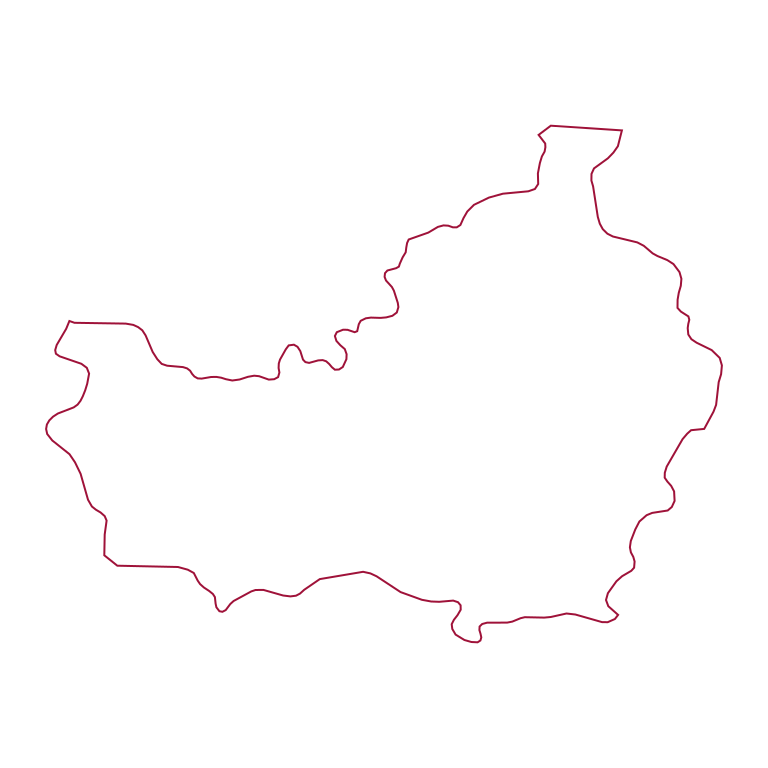 an SVG outline of Cluj
{"feature_id": "ROU-296", "entity_name": "Cluj", "entity_type": "County", "adm_level": 1, "iso_a3": "ROU", "parent_name": "Romania", "parent_adm1": "", "projection": "equal_earth", "projection_center": [23.487, 46.867], "detail": "fine", "context": "isolated", "style": "outline", "palette": "rose", "viewbox_px": 768, "rotation_deg": 0, "n_neighbors": 0, "source": "natural_earth", "source_scale": "10m", "svg_char_len": 3386}
<svg xmlns="http://www.w3.org/2000/svg" viewBox="0 0 768 768"><path d="M621.9,130.4L617.9,146.2L613.4,152.6L607.9,158.3L594.0,168.4L591.5,173.9L591.4,180.5L593.1,186.4L597.8,216.9L599.8,223.7L602.8,229.2L607.4,233.7L612.9,236.5L637.3,242.4L643.8,245.8L652.7,253.4L657.4,256.0L667.3,260.1L673.5,264.1L679.5,272.1L681.4,278.8L680.8,285.8L678.8,292.7L677.6,299.7L677.5,307.9L680.9,311.6L688.4,316.4L689.3,319.8L688.3,323.8L687.7,328.1L688.3,334.5L691.4,339.2L696.6,342.7L711.7,350.1L719.7,357.9L721.9,365.4L721.1,374.2L718.7,382.1L716.1,404.9L713.5,411.7L704.2,428.9L691.1,430.2L687.2,433.7L682.6,439.1L666.7,466.6L664.8,472.8L664.7,477.7L667.4,481.6L671.2,485.9L674.1,491.4L674.6,500.9L671.8,507.0L667.7,510.5L652.2,512.9L646.6,515.2L639.4,521.5L635.3,529.4L630.8,541.0L629.9,547.3L630.9,552.4L633.3,556.9L634.6,561.5L634.1,567.7L631.3,570.8L622.1,576.2L616.4,581.3L607.9,593.2L606.0,600.0L608.3,606.2L618.1,614.9L614.9,619.0L607.7,622.2L602.0,622.1L575.3,614.5L566.5,613.5L550.8,617.0L544.2,617.6L524.8,617.2L520.6,618.2L512.3,621.6L507.2,622.6L487.0,622.7L482.2,624.0L479.6,626.5L479.4,630.1L480.5,633.7L481.3,637.4L480.4,640.5L477.6,642.3L471.4,642.0L464.4,640.0L455.6,634.6L452.3,629.0L451.7,624.2L453.9,619.8L457.5,615.2L460.7,609.7L460.6,605.3L458.0,602.2L453.2,600.6L439.2,601.8L431.2,601.5L421.9,599.8L400.6,592.1L376.6,576.3L370.4,573.4L363.1,571.8L319.8,579.1L304.2,589.8L300.0,593.6L296.0,595.7L290.4,596.4L283.1,595.5L263.4,589.9L255.5,590.0L251.3,591.4L233.6,601.0L230.3,604.0L225.7,610.1L222.4,611.8L219.4,611.2L216.4,607.3L215.6,603.6L214.9,597.1L212.9,594.0L209.2,591.0L203.9,587.5L200.1,584.1L197.7,580.6L193.8,573.0L187.8,569.7L178.0,567.0L117.3,565.7L104.3,555.3L104.7,534.5L106.6,520.6L104.7,516.1L100.6,512.5L95.9,509.7L91.9,506.5L88.0,499.7L80.6,473.8L75.0,462.3L69.5,454.2L52.3,440.5L47.2,434.0L46.1,429.0L46.9,424.5L49.3,420.4L53.0,416.7L57.9,413.5L73.7,407.4L77.6,404.6L80.5,400.8L82.8,396.3L85.2,390.3L87.2,383.8L89.1,373.6L86.8,367.8L81.4,363.8L59.6,356.3L55.9,353.7L55.2,350.1L56.7,345.0L66.2,328.8L69.4,321.0L74.5,322.8L125.7,323.6L133.3,324.9L138.1,327.1L142.3,330.3L145.6,335.4L152.7,352.0L157.3,359.2L161.7,363.9L167.1,365.7L183.0,367.1L187.1,368.4L190.1,370.7L192.1,373.9L194.4,376.5L197.7,378.4L201.7,378.6L211.1,377.0L216.3,376.9L221.2,377.7L225.9,379.2L232.3,380.5L239.6,379.5L248.0,376.8L254.2,375.7L259.1,376.2L268.8,379.6L274.2,379.2L278.1,377.1L279.4,372.5L278.6,368.0L278.8,363.5L280.0,359.6L285.8,349.3L288.7,345.4L293.9,344.7L297.5,346.8L300.3,351.1L303.0,359.6L305.4,362.1L309.1,362.9L318.2,360.4L322.7,360.1L326.2,361.3L329.2,364.0L331.9,367.2L334.9,369.7L339.0,369.5L342.8,367.0L346.4,359.2L346.6,354.2L344.8,349.1L340.3,345.2L336.4,340.9L334.9,336.0L336.8,332.2L343.1,329.7L347.5,329.8L354.7,332.2L357.2,331.2L358.8,324.2L360.7,320.8L365.8,318.3L370.9,317.6L380.5,317.9L386.2,317.4L392.4,315.8L396.8,312.5L398.4,307.1L397.8,302.9L393.9,290.7L391.9,287.0L386.0,280.5L384.6,276.9L385.0,273.2L387.4,270.5L396.1,268.2L398.9,266.6L399.8,263.7L402.6,257.4L405.7,252.3L406.3,247.4L407.1,243.0L408.7,239.5L428.3,232.6L437.9,226.9L443.5,225.4L448.3,225.7L452.8,227.3L456.8,227.3L460.4,225.0L463.5,218.1L467.3,211.5L474.0,204.8L488.9,197.6L502.9,193.7L528.3,191.3L534.9,189.0L538.2,184.0L537.9,173.4L539.9,163.0L541.9,156.4L544.6,151.6L545.4,147.2L545.2,143.5L538.6,134.9L550.8,125.7L621.9,130.4Z" fill="none" stroke="#9f1239" stroke-width="2"/></svg>